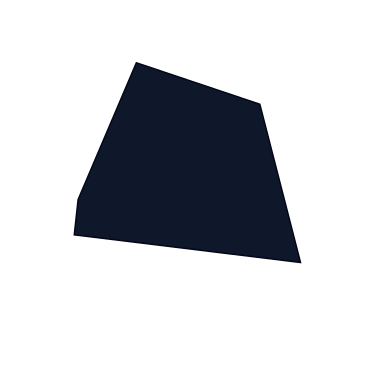 the border of Transnistria, rotated 312°
{"feature_id": "MDA-1638", "entity_name": "Transnistria", "entity_type": "District", "adm_level": 1, "iso_a3": "MDA", "parent_name": "Moldova", "parent_adm1": "", "projection": "robinson", "projection_center": [29.154, 47.261], "detail": "fine", "context": "isolated", "style": "filled", "palette": "ink", "viewbox_px": 384, "rotation_deg": 312, "n_neighbors": 0, "source": "natural_earth", "source_scale": "10m", "svg_char_len": 276}
<svg xmlns="http://www.w3.org/2000/svg" viewBox="0 0 384 384"><g transform="rotate(312 192 192)"><path d="M212.2,319.8L170.0,259.6L81.4,133.2L81.9,132.8L110.2,112.4L250.8,64.2L302.6,183.7L212.5,319.4L212.2,319.8Z" fill="#0f172a" stroke="#020617" stroke-width="1.5"/></g></svg>